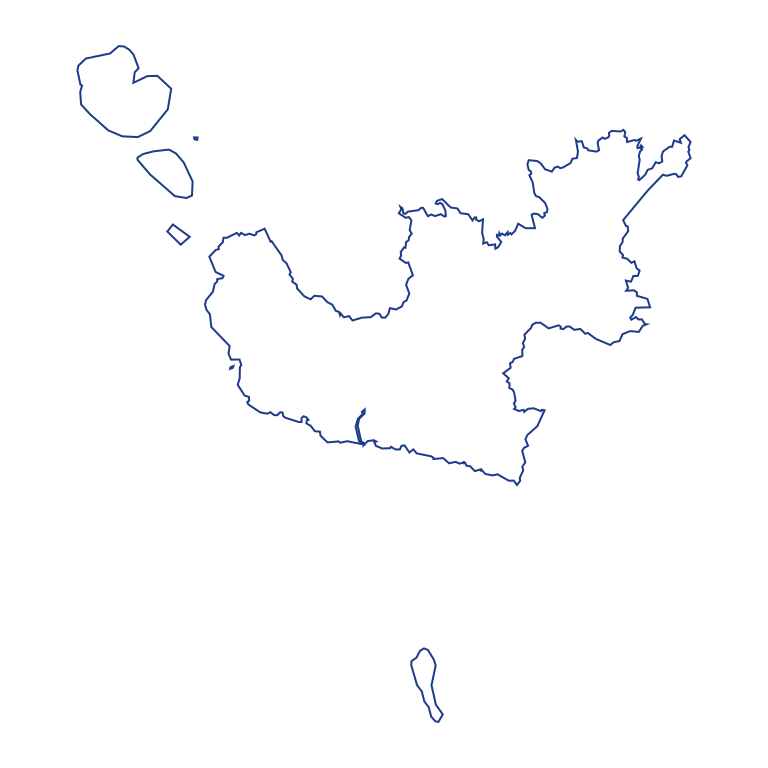 outline of Nadroga-Navosa, Western, Fiji
{"feature_id": "14151628B53702400461405", "entity_name": "Nadroga-Navosa", "entity_type": "district", "adm_level": 2, "iso_a3": "FJI", "parent_name": "Fiji", "parent_adm1": "Western", "projection": "robinson", "projection_center": [177.707, -18.082], "detail": "fine", "context": "isolated", "style": "outline", "palette": "blue", "viewbox_px": 768, "rotation_deg": 0, "n_neighbors": 0, "source": "geoboundaries", "source_scale": "gbopen_adm2", "svg_char_len": 6107}
<svg xmlns="http://www.w3.org/2000/svg" viewBox="0 0 768 768"><path d="M264.6,228.7L256.4,232.3L256.1,234.4L254.1,235.4L249.4,233.7L245.1,235.1L241.0,232.9L239.2,235.5L236.8,232.9L226.8,237.8L223.5,237.7L222.8,242.2L218.5,246.7L218.8,249.1L215.7,250.0L209.3,256.6L215.6,272.0L223.6,275.8L222.4,278.2L217.2,279.1L217.2,281.5L214.6,284.0L212.9,291.7L206.1,300.1L205.0,304.7L206.5,309.8L209.9,314.3L211.3,327.0L229.7,346.1L228.5,353.6L231.0,359.6L239.5,359.5L241.3,365.0L239.9,367.3L239.7,378.3L237.7,384.8L244.6,395.5L249.0,397.0L249.2,400.7L247.2,402.1L248.4,404.5L260.3,412.4L267.3,413.7L270.4,412.2L273.9,415.0L277.0,415.3L280.2,412.3L282.5,412.5L283.3,416.1L285.3,417.7L298.8,422.0L301.5,422.0L301.6,418.0L303.6,416.3L306.3,417.3L308.4,419.9L306.8,420.4L306.4,423.4L310.8,425.9L314.9,431.3L319.9,431.6L320.5,435.7L327.5,442.4L338.6,441.4L340.2,442.7L347.3,441.2L362.7,444.3L359.0,441.0L355.6,426.6L358.0,418.8L363.0,413.6L361.9,411.9L364.7,409.5L364.5,413.6L359.2,418.7L357.7,425.5L361.2,441.4L364.0,443.1L363.7,445.1L367.7,441.1L373.8,440.2L376.2,441.5L374.2,442.1L376.0,445.9L382.3,448.5L390.1,448.2L390.9,446.8L395.4,449.4L399.8,449.5L401.5,445.9L404.5,445.3L409.4,452.5L413.3,449.4L416.7,453.4L431.2,456.3L433.5,457.7L433.4,459.0L443.2,458.1L449.1,463.3L455.6,461.9L459.5,463.6L463.6,462.5L463.8,464.2L463.7,462.4L463.1,461.7L465.1,462.6L466.4,465.7L470.1,466.2L474.9,471.1L479.6,469.7L480.8,470.6L481.2,469.4L485.4,474.0L492.8,475.4L497.5,474.3L508.8,480.7L513.7,480.6L517.0,485.0L520.2,480.7L519.7,478.0L523.2,470.5L522.4,466.5L525.3,462.4L522.2,450.9L524.1,447.8L528.1,445.8L525.4,439.3L527.4,435.0L537.3,426.2L544.6,410.3L541.9,409.8L541.0,411.2L533.8,408.3L528.0,408.8L524.2,411.9L523.6,409.9L518.8,411.0L514.1,408.9L515.6,407.2L513.9,403.3L515.6,400.8L514.1,392.3L512.5,389.5L509.4,388.1L509.5,383.3L506.8,381.4L508.8,378.3L503.2,373.3L510.6,367.8L510.0,363.3L512.8,361.8L514.0,358.9L522.4,356.0L522.2,349.8L524.2,346.9L522.9,343.2L525.2,338.5L524.3,334.8L531.1,327.8L532.4,324.6L536.0,322.7L540.7,322.8L548.7,328.4L558.6,325.3L560.8,326.7L560.6,328.7L563.6,329.0L566.5,326.5L569.8,326.5L574.1,329.8L580.4,329.0L585.2,333.7L587.9,333.0L595.8,338.9L610.3,345.0L613.6,342.3L619.5,341.0L622.5,334.2L630.2,331.1L638.8,331.9L642.8,325.8L646.6,324.3L644.9,324.0L641.9,319.4L638.4,319.4L636.0,317.0L631.4,319.7L630.2,317.5L632.8,314.8L635.6,307.7L650.1,307.3L647.4,298.9L636.9,295.8L636.9,292.4L633.9,290.3L626.2,290.8L628.1,287.8L625.9,280.6L631.0,281.7L633.4,276.0L637.8,275.9L639.6,270.6L636.7,268.4L634.4,261.3L631.4,262.8L627.2,258.8L622.4,257.5L623.0,255.0L619.7,251.5L620.0,245.9L622.6,242.0L622.8,238.5L628.2,231.2L627.7,226.4L626.0,226.0L623.1,220.2L647.5,190.8L662.9,174.7L666.7,175.8L674.3,173.8L676.4,174.3L678.1,176.9L681.2,176.4L687.4,165.3L686.0,162.8L686.6,161.4L690.6,158.2L688.3,151.6L689.4,150.2L688.5,147.0L690.6,142.0L684.5,135.2L679.7,139.2L680.9,142.8L674.0,140.5L672.2,146.7L669.4,146.9L663.0,151.5L661.6,156.1L662.3,161.5L659.0,163.3L655.8,162.2L652.2,168.3L647.7,169.8L645.3,174.6L639.4,180.1L638.1,179.5L638.9,176.8L637.6,173.4L639.7,159.7L638.8,156.2L640.1,151.3L642.0,149.6L640.8,148.4L642.7,147.3L641.1,145.4L639.9,147.6L637.5,148.1L637.3,146.2L640.9,138.6L636.2,140.8L634.7,140.0L627.1,142.0L626.9,138.0L624.4,136.5L625.2,132.0L623.3,129.9L620.8,131.5L611.8,130.9L608.9,132.9L609.3,135.9L607.8,137.7L604.8,138.8L602.5,137.5L598.4,140.6L597.6,143.4L599.1,150.2L596.3,151.6L588.3,150.3L587.2,148.4L583.8,147.4L581.8,141.2L577.5,141.7L575.9,139.9L578.0,151.8L576.9,158.0L572.4,158.8L570.5,163.1L562.9,167.5L560.2,168.2L557.9,166.6L554.7,167.6L551.8,171.6L545.1,169.3L540.8,163.4L537.1,161.0L528.7,160.2L527.4,164.6L528.8,170.0L530.8,171.3L531.2,173.8L529.4,175.2L532.7,182.4L534.3,192.9L535.9,196.0L539.3,197.2L545.1,203.0L547.5,209.0L546.9,212.2L544.2,213.2L544.9,215.6L542.3,217.8L537.8,214.1L533.7,213.6L531.6,214.8L535.0,228.2L525.6,228.2L518.2,223.7L515.1,230.8L511.5,234.4L510.3,233.0L507.8,234.8L507.6,232.2L504.9,235.3L502.0,233.6L500.5,235.2L499.4,233.2L499.2,235.5L496.9,234.8L497.0,236.8L501.3,241.9L498.1,247.2L495.4,248.7L495.1,244.4L488.9,245.3L486.7,242.2L483.2,243.5L483.7,239.4L482.1,232.7L483.0,219.3L479.0,221.3L476.1,219.5L476.1,217.4L474.7,217.4L472.5,220.4L468.2,214.2L460.5,213.2L457.5,208.5L450.7,207.5L442.1,199.1L437.0,200.8L435.7,203.4L437.6,204.2L440.1,202.9L442.4,204.2L445.3,210.4L445.9,216.0L444.6,216.6L440.9,214.2L435.0,216.1L431.3,214.5L427.9,216.2L423.2,208.0L421.2,207.8L418.4,210.2L408.1,211.6L405.2,213.9L403.5,213.4L402.4,208.3L400.4,206.8L401.3,209.2L398.8,213.3L405.7,217.8L408.9,217.1L411.4,220.4L409.7,230.2L411.7,233.7L409.1,237.0L408.6,240.3L406.0,242.3L405.5,247.8L403.9,247.5L400.7,252.1L401.1,255.5L399.6,258.7L406.0,263.0L408.2,262.3L412.9,275.3L408.4,278.8L406.1,284.8L409.3,293.5L406.5,300.5L403.6,302.1L401.8,306.5L395.9,309.5L389.9,308.1L388.4,313.8L385.5,317.5L381.8,317.6L379.5,313.8L376.0,313.3L370.7,317.2L362.1,317.6L352.5,320.5L349.1,316.1L343.9,317.3L340.7,313.5L340.0,315.2L339.0,311.9L335.8,310.8L332.3,304.7L327.3,302.1L322.1,296.5L314.4,295.8L310.6,299.3L304.4,296.4L297.0,288.3L296.7,284.8L292.2,281.6L292.9,278.7L289.5,274.6L290.8,272.3L286.5,263.3L282.7,259.8L281.5,255.3L271.6,241.2L270.6,241.7L264.6,228.7ZM133.5,54.6L129.3,49.7L124.1,46.5L118.7,46.1L110.0,53.5L85.9,58.5L78.4,65.6L77.4,70.3L80.4,84.6L82.0,85.5L80.2,92.3L81.1,104.4L90.1,114.3L108.3,130.4L122.2,136.3L137.8,137.1L150.3,131.0L167.8,109.3L171.2,88.7L157.4,75.9L147.3,76.1L133.4,82.8L134.7,72.3L138.6,68.2L133.5,54.6ZM192.0,195.5L192.6,181.5L183.7,162.4L175.9,153.4L168.9,149.6L153.8,151.3L143.2,154.0L137.5,157.6L137.4,159.6L149.9,174.3L174.8,196.1L186.4,198.0L192.0,195.5ZM438.4,721.9L442.8,714.4L435.9,704.7L431.5,685.2L435.7,665.5L433.8,659.6L427.9,649.9L424.0,648.4L420.1,650.7L416.5,657.6L411.5,661.1L411.2,664.9L417.0,685.0L421.8,691.5L424.4,701.5L428.7,707.2L431.2,716.6L435.3,721.3L438.4,721.9ZM189.7,236.8L172.9,224.5L167.3,231.5L180.7,244.7L189.7,236.8ZM197.2,139.9L197.6,137.5L194.1,137.4L194.6,139.3L197.2,139.9ZM230.1,368.9L232.6,367.9L233.4,366.1L230.4,367.3L230.1,368.9Z" fill="none" stroke="#1e3a8a" stroke-width="2"/></svg>